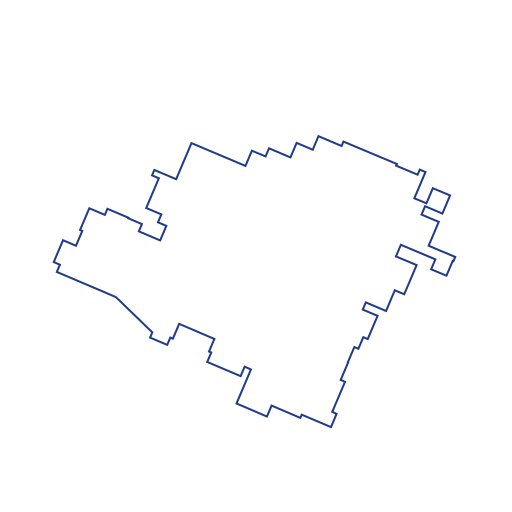 Mount Magnet, Western Australia, Australia (Equal Earth projection), rotated 113°
{"feature_id": "25037944B8385607479474", "entity_name": "Mount Magnet", "entity_type": "district", "adm_level": 2, "iso_a3": "AUS", "parent_name": "Australia", "parent_adm1": "Western Australia", "projection": "equal_earth", "projection_center": [117.985, -28.291], "detail": "fine", "context": "isolated", "style": "outline", "palette": "blue", "viewbox_px": 512, "rotation_deg": 113, "n_neighbors": 0, "source": "geoboundaries", "source_scale": "gbopen_adm2", "svg_char_len": 2014}
<svg xmlns="http://www.w3.org/2000/svg" viewBox="0 0 512 512"><g transform="rotate(113 256 256)"><path d="M135.5,101.0L124.4,101.0L124.5,119.7L140.9,119.7L141.0,132.8L112.5,132.8L112.5,139.0L118.0,139.0L118.1,162.3L116.3,162.3L116.5,220.2L121.3,220.2L121.3,224.5L121.3,245.3L128.3,245.3L136.0,245.3L136.0,262.8L151.8,262.8L151.8,286.1L152.4,286.1L160.6,286.1L160.7,300.9L177.2,300.9L177.3,359.5L216.5,359.5L216.5,383.2L222.4,383.2L222.4,375.8L232.3,375.8L236.6,375.8L241.5,375.8L246.4,375.8L251.3,375.8L254.7,375.8L254.7,359.4L263.3,359.4L263.3,350.3L279.1,350.3L279.1,373.5L271.2,373.5L271.2,388.4L270.6,388.4L270.6,411.2L277.2,411.2L277.2,421.2L277.2,428.1L286.3,428.1L288.8,428.1L300.8,428.1L300.8,425.7L316.9,425.7L316.9,439.8L340.6,439.8L340.6,433.1L348.5,433.1L348.5,408.0L348.5,405.8L348.5,391.3L348.5,380.1L348.6,368.9L350.1,364.9L351.3,361.8L353.3,356.7L356.4,348.6L358.8,342.4L360.3,338.4L363.8,329.5L364.6,327.3L366.8,321.6L372.5,321.6L372.5,303.0L364.6,303.0L364.6,300.2L348.5,300.2L348.6,269.1L348.6,261.9L362.3,261.9L362.3,259.5L372.6,259.5L372.6,241.6L372.6,239.4L372.6,231.5L372.6,223.2L362.3,223.2L362.4,216.3L399.4,216.3L399.4,205.9L399.5,183.2L392.2,183.2L387.6,183.2L387.7,151.9L384.2,151.9L384.2,124.8L384.2,120.1L378.2,120.1L369.8,120.2L369.7,124.9L359.0,124.9L343.8,124.9L337.0,124.9L337.0,129.6L318.1,129.6L318.1,129.9L302.8,129.9L301.4,129.9L301.4,128.9L301.4,125.5L295.4,125.5L288.8,125.5L288.8,120.7L284.8,120.7L283.9,120.7L263.6,120.7L263.6,136.8L255.8,136.8L255.8,122.9L255.8,118.7L255.8,114.8L246.0,114.8L233.3,114.8L233.3,104.6L227.0,104.6L226.2,104.6L220.5,104.6L213.3,104.6L210.4,104.6L201.6,104.6L201.7,127.0L189.1,127.0L189.0,89.6L191.1,89.6L193.9,89.6L199.8,89.6L199.8,88.7L199.8,87.9L199.7,73.0L183.6,73.0L183.6,72.2L179.0,72.2L179.1,89.0L179.1,89.7L179.1,101.1L175.5,101.1L171.1,101.1L169.3,101.1L165.7,101.1L162.2,101.1L159.5,101.1L156.8,101.1L153.2,101.1L153.2,119.8L144.1,119.8L144.1,101.0L136.2,101.0L135.5,101.0Z" fill="none" stroke="#1e3a8a" stroke-width="2"/></g></svg>